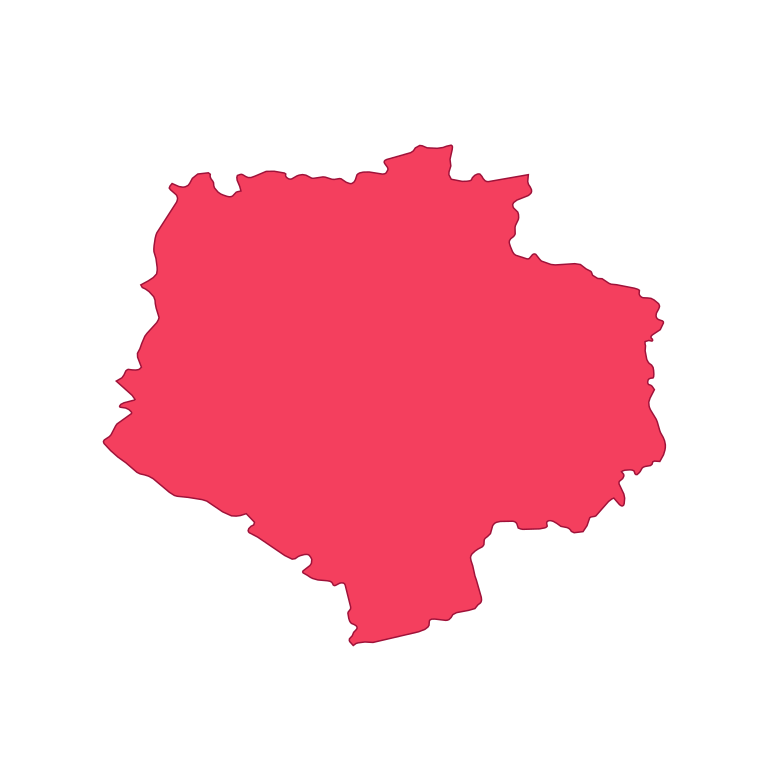 map outline of Tambov (Natural Earth projection), rotated 166°
{"feature_id": "RUS-2375", "entity_name": "Tambov", "entity_type": "Region", "adm_level": 1, "iso_a3": "RUS", "parent_name": "Russia", "parent_adm1": "", "projection": "natural_earth1", "projection_center": [41.398, 52.709], "detail": "fine", "context": "isolated", "style": "filled", "palette": "rose", "viewbox_px": 768, "rotation_deg": 166, "n_neighbors": 0, "source": "natural_earth", "source_scale": "10m", "svg_char_len": 6164}
<svg xmlns="http://www.w3.org/2000/svg" viewBox="0 0 768 768"><g transform="rotate(166 384 384)"><path d="M124.0,325.1L125.5,324.9L126.7,324.1L127.7,322.1L127.8,320.6L127.4,319.5L125.4,318.2L124.4,316.9L123.0,313.1L129.3,305.9L131.5,302.3L132.1,298.7L132.1,297.1L131.7,294.5L128.4,283.9L128.0,281.0L127.7,271.9L127.4,269.7L126.0,264.6L125.5,260.9L125.7,256.9L126.4,254.3L127.4,251.9L129.9,247.7L135.1,242.1L140.3,243.8L142.1,243.4L143.3,241.3L145.1,240.4L150.5,240.8L152.4,240.6L153.8,240.0L156.6,237.1L158.0,236.1L160.3,234.9L161.5,235.2L162.2,236.2L162.4,239.0L163.7,240.3L166.0,241.2L171.2,242.1L173.6,241.9L174.8,241.4L173.4,238.6L173.3,237.5L173.7,236.4L175.3,234.5L179.0,232.7L179.7,232.0L180.1,230.2L177.9,219.2L178.1,215.0L179.9,209.8L180.9,208.4L182.0,208.0L183.1,208.3L183.9,209.1L184.7,210.0L188.6,217.7L190.8,217.3L194.5,215.7L210.3,204.8L211.6,204.6L215.2,204.9L216.7,204.5L221.3,197.4L226.6,192.6L235.5,193.7L237.9,195.7L238.3,197.1L239.2,198.7L240.9,200.3L246.8,203.1L250.0,206.9L253.0,209.8L255.1,211.0L257.1,211.5L258.6,211.2L259.5,210.5L259.9,209.3L260.0,206.7L260.3,206.3L261.5,205.7L262.8,205.5L268.1,205.8L284.5,209.4L286.5,210.3L288.6,211.8L288.9,216.0L289.3,217.3L290.5,218.8L292.2,219.7L304.4,222.5L308.1,222.6L309.7,222.3L311.0,221.7L312.8,220.3L316.9,213.1L320.4,211.0L323.0,209.9L324.2,208.9L324.7,207.8L325.9,204.0L326.9,203.0L328.2,202.2L332.4,201.2L336.0,199.9L339.8,197.8L341.3,196.2L342.1,194.5L342.3,191.6L341.9,186.0L342.2,175.7L341.8,171.5L341.2,153.5L341.6,150.8L342.4,149.2L343.5,148.2L346.3,147.0L350.1,144.1L356.7,143.9L368.9,144.6L373.0,143.6L375.4,141.2L377.9,139.7L379.6,139.5L381.2,139.7L391.5,143.6L394.6,144.3L396.3,144.0L397.3,143.1L398.7,139.0L400.1,137.6L403.5,136.1L410.3,135.2L457.2,135.9L464.9,138.3L471.7,139.1L473.9,139.0L477.1,137.7L479.6,142.4L479.7,143.7L479.1,145.2L475.7,147.4L473.5,150.4L470.2,152.5L469.3,153.4L469.0,154.5L469.4,156.0L471.0,157.7L473.5,159.6L474.2,160.8L474.7,162.4L474.9,165.1L474.5,170.2L474.0,171.3L471.0,173.7L470.5,174.8L470.3,176.1L470.3,198.2L470.6,199.6L471.5,200.7L473.6,201.4L475.3,201.4L479.8,200.3L481.0,200.4L481.9,201.3L482.2,203.0L482.8,204.4L484.2,205.7L486.6,206.8L495.6,209.9L500.3,212.6L502.2,214.2L504.6,216.9L508.2,220.3L508.4,221.3L507.7,222.3L499.7,225.8L497.8,227.6L496.5,231.3L497.0,233.6L497.9,235.7L498.7,236.7L500.3,237.4L502.5,237.8L507.0,237.7L509.2,237.3L512.4,236.0L515.5,236.3L521.8,241.6L543.7,266.1L550.6,272.2L551.2,273.3L551.3,274.6L550.2,276.4L547.5,278.1L544.5,278.8L543.1,281.2L549.0,291.5L555.2,291.1L559.4,291.6L563.9,293.0L571.5,299.0L584.3,313.3L588.4,315.8L601.5,321.4L611.8,325.1L614.4,326.6L618.5,330.9L630.9,348.0L634.8,351.6L638.4,353.8L642.4,355.8L645.1,358.1L653.5,370.0L659.8,377.4L665.3,385.4L670.0,393.9L670.2,395.0L670.1,396.2L668.9,397.4L663.2,399.4L661.1,400.8L654.6,408.2L652.8,409.8L636.2,416.4L635.8,417.3L636.1,418.4L637.7,420.9L640.5,423.2L645.6,425.3L646.0,426.0L645.8,426.6L644.3,427.9L640.8,428.7L630.2,428.8L629.3,429.2L631.1,433.9L643.1,451.6L636.8,453.4L634.2,455.6L631.3,459.2L629.8,459.9L628.7,460.1L624.9,458.6L621.5,457.6L619.3,457.4L617.8,457.5L615.3,459.0L616.6,469.6L615.8,473.4L612.3,477.3L609.2,482.0L604.5,488.2L601.7,490.5L589.7,498.5L587.4,500.9L586.2,502.9L586.7,512.8L586.5,517.2L585.9,520.6L586.3,524.4L589.6,530.5L592.5,533.9L595.2,536.1L596.0,539.0L587.8,541.1L582.1,543.1L578.0,545.8L576.5,549.4L575.9,552.1L574.9,560.9L575.2,568.0L574.7,570.5L573.6,573.9L570.8,580.7L569.2,583.7L567.8,585.7L541.2,610.7L540.0,612.6L539.3,614.3L539.5,617.0L540.0,618.1L544.2,624.1L545.0,626.1L543.7,627.9L541.1,629.8L535.2,625.2L531.4,623.6L529.1,623.4L526.0,624.1L524.0,625.7L520.2,629.9L513.9,632.8L503.3,631.4L501.8,629.5L502.3,628.3L502.5,626.8L502.2,624.9L501.1,622.3L500.7,620.6L501.2,617.5L501.0,615.2L498.6,610.3L496.5,607.9L494.1,606.1L491.0,604.1L488.9,603.1L487.0,602.8L485.5,603.0L481.1,605.8L479.8,606.0L476.1,605.9L476.2,610.7L477.2,617.2L476.8,620.1L475.8,621.8L472.8,622.1L471.5,621.9L470.5,621.3L467.9,618.7L465.9,617.2L463.0,616.5L459.0,616.9L446.9,618.8L439.1,617.0L429.6,612.8L428.5,611.5L429.0,610.5L429.1,609.3L428.5,607.9L427.0,606.2L425.6,605.5L424.0,605.3L418.0,607.0L415.8,607.2L412.4,606.9L409.2,605.5L404.2,601.1L402.4,600.6L393.1,599.7L390.9,598.9L384.9,595.2L382.6,594.5L377.5,594.1L376.0,593.5L371.9,588.9L369.1,587.0L367.7,586.4L366.3,586.4L364.0,587.4L362.3,589.2L359.7,593.4L358.4,594.2L356.5,594.7L352.9,594.6L347.1,593.3L334.6,588.0L332.4,587.8L330.9,588.3L328.4,590.9L328.1,592.1L328.2,593.3L330.0,597.8L330.2,599.0L329.8,600.1L328.8,600.8L327.0,601.2L302.1,602.0L299.1,603.1L296.5,605.5L291.6,606.8L289.3,605.9L285.0,602.7L275.3,599.8L269.5,599.2L265.8,599.6L261.1,599.5L260.3,598.6L260.2,597.5L261.1,595.0L265.6,586.0L266.4,579.4L269.6,574.1L270.4,571.4L269.2,566.4L259.1,561.7L254.6,560.7L251.6,560.4L249.9,560.8L248.3,562.8L245.5,564.5L242.6,565.1L241.2,564.9L240.2,564.5L239.8,563.8L238.8,561.8L238.1,559.3L236.8,556.8L235.3,555.6L233.7,555.1L193.3,552.2L195.6,545.6L195.5,542.6L194.5,539.9L193.9,536.9L194.2,535.2L194.9,533.9L196.9,532.6L198.7,531.9L210.5,530.3L214.3,528.7L215.8,526.9L215.9,524.5L215.6,523.3L212.6,518.4L212.5,515.8L213.1,512.8L213.8,511.2L218.1,506.0L219.0,504.2L220.4,497.9L221.5,496.6L222.7,495.7L225.9,494.3L227.6,492.7L228.2,491.2L228.3,489.7L228.1,486.8L227.3,481.4L226.5,479.0L225.1,477.1L215.1,470.9L213.9,470.5L212.6,470.7L208.6,473.6L207.4,473.9L206.2,473.7L205.3,473.0L202.8,467.4L201.5,465.2L193.1,459.6L189.0,458.1L169.8,454.6L164.5,452.4L160.0,446.7L156.3,443.5L155.7,442.5L155.3,439.0L151.1,434.7L146.9,433.4L141.4,427.3L139.5,425.9L134.4,424.1L117.9,416.4L114.8,414.5L113.5,413.1L114.6,409.9L114.6,409.0L114.3,407.7L113.1,405.9L111.7,405.0L107.4,403.7L104.2,402.5L101.6,400.2L98.1,395.4L97.8,393.7L97.9,392.5L99.2,390.5L102.5,386.9L103.5,384.5L103.6,383.0L103.1,381.3L102.0,380.1L98.5,377.8L97.9,376.8L98.1,375.6L102.8,369.9L111.8,366.7L113.4,365.6L113.7,364.3L112.7,362.4L112.8,361.3L113.6,360.8L116.6,362.2L120.4,362.0L121.0,359.9L121.0,357.8L122.6,353.0L123.1,344.3L122.5,341.7L121.8,340.0L119.8,337.6L118.9,335.0L119.1,332.0L119.8,328.2L120.6,325.8L121.5,324.8L124.0,325.1Z" fill="#f43f5e" stroke="#9f1239" stroke-width="1.5"/></g></svg>